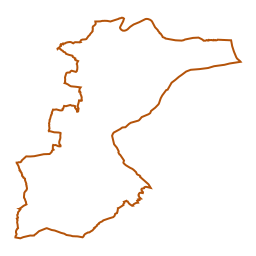 Spydeberg nor, Østfold, Norway
{"feature_id": "86288312B44573726791656", "entity_name": "Spydeberg nor", "entity_type": "district", "adm_level": 2, "iso_a3": "NOR", "parent_name": "Norway", "parent_adm1": "Østfold", "projection": "natural_earth1", "projection_center": [11.037, 59.603], "detail": "fine", "context": "isolated", "style": "outline", "palette": "amber", "viewbox_px": 256, "rotation_deg": 0, "n_neighbors": 0, "source": "geoboundaries", "source_scale": "gbopen_adm2", "svg_char_len": 5602}
<svg xmlns="http://www.w3.org/2000/svg" viewBox="0 0 256 256"><path d="M95.3,21.5L95.7,23.6L95.4,24.4L94.3,25.5L93.0,26.4L92.8,26.9L92.6,27.9L92.8,28.1L92.8,29.4L92.5,30.6L92.7,31.0L92.2,31.8L90.3,33.9L90.0,34.6L89.2,35.5L88.6,35.9L86.4,39.0L85.7,39.3L82.3,39.6L81.1,40.1L80.2,41.5L80.7,42.1L79.7,42.4L79.0,42.3L75.3,42.2L74.4,42.4L73.4,43.3L72.6,43.1L72.2,42.7L71.1,42.2L70.1,42.0L68.1,42.2L66.1,42.7L65.1,43.4L63.3,43.5L63.5,44.2L63.2,44.5L62.3,44.1L60.9,44.1L60.4,45.0L61.0,45.7L61.0,46.0L59.9,46.7L59.3,47.4L57.5,48.6L57.6,49.0L58.5,48.2L60.4,49.0L61.5,50.2L62.7,50.7L63.5,51.8L65.1,52.4L65.5,52.8L66.0,53.8L68.8,54.8L72.4,55.7L72.6,55.9L72.6,56.4L72.9,57.0L75.3,58.4L75.0,59.1L75.1,59.7L76.2,60.2L76.2,60.4L78.1,61.1L77.5,62.1L76.7,64.0L77.2,65.1L77.4,67.4L77.2,69.7L76.9,70.2L76.8,71.1L75.9,71.9L71.6,70.7L70.6,71.3L69.8,72.5L67.2,72.6L66.3,73.2L65.0,77.4L65.2,79.6L65.0,81.5L65.2,82.0L64.6,83.1L65.8,83.4L67.9,84.4L69.6,85.6L71.0,86.3L76.1,86.8L80.6,87.4L79.6,88.8L79.5,90.0L79.2,90.9L79.2,91.7L80.1,91.7L80.5,92.4L80.3,92.9L80.4,93.8L81.3,95.9L81.4,96.6L81.7,97.1L81.6,99.2L81.9,100.1L81.8,100.6L80.9,100.9L80.1,100.4L79.0,100.4L78.8,102.0L77.8,105.5L77.7,106.6L78.6,108.6L78.3,110.0L78.2,111.3L77.7,111.7L77.0,111.6L77.0,110.5L76.2,109.2L76.3,109.0L75.9,108.9L75.0,107.6L75.2,106.2L73.5,105.7L72.0,105.7L70.3,105.0L66.0,106.2L64.1,105.9L63.2,108.6L62.6,108.8L62.6,109.9L61.9,110.4L60.0,110.4L56.3,109.4L54.6,109.7L53.0,109.6L52.6,110.8L51.8,112.6L52.0,113.3L51.7,113.7L51.5,114.8L51.1,115.0L50.1,119.0L49.5,120.1L49.7,120.9L49.0,123.5L49.3,124.3L49.1,125.5L49.5,128.6L48.7,130.8L49.0,131.3L49.7,131.1L54.2,132.3L58.4,132.5L60.5,132.9L60.6,133.5L60.3,135.4L60.4,137.7L60.2,138.9L60.0,139.2L59.3,141.6L59.2,143.0L59.5,144.4L60.1,144.7L60.4,145.2L60.6,145.8L60.5,146.3L59.6,146.4L58.2,146.2L55.7,145.0L54.4,145.2L53.2,144.9L52.9,145.7L52.8,148.6L53.5,149.6L53.1,149.7L52.9,150.1L52.5,150.1L51.9,150.9L51.7,151.4L51.8,151.7L51.5,152.2L49.6,154.0L43.8,154.2L34.2,156.2L29.9,156.5L26.2,156.4L21.8,160.4L21.5,160.8L21.4,161.5L20.8,162.0L20.0,162.3L18.9,162.2L17.5,162.6L16.6,162.6L16.6,162.9L17.4,164.1L18.6,166.3L19.2,168.6L19.8,169.5L19.8,169.9L19.5,170.2L19.5,170.4L20.6,171.1L20.7,171.4L20.5,171.7L21.5,172.7L21.4,173.0L22.1,174.5L22.0,174.9L22.2,175.2L22.1,175.6L22.3,175.7L22.5,176.4L23.3,177.0L23.2,177.3L23.5,177.8L24.4,178.2L25.0,178.7L25.1,179.1L24.9,179.6L25.0,180.1L26.3,183.7L26.1,184.3L26.4,184.9L26.4,185.5L26.6,185.8L26.5,186.1L26.8,187.0L27.0,188.9L26.5,189.6L26.4,190.3L25.1,191.5L24.3,192.9L24.0,196.6L24.0,197.7L24.6,198.5L25.8,201.8L26.0,202.0L26.1,203.5L26.5,204.4L23.6,205.8L21.3,207.6L20.0,208.4L20.2,208.6L20.2,208.8L19.4,208.9L20.3,209.4L19.1,211.1L18.1,212.2L17.8,214.2L17.2,215.0L17.6,217.1L17.9,217.3L18.0,217.7L17.7,218.1L16.9,218.5L17.2,219.0L17.1,219.6L17.6,220.1L17.3,220.8L17.3,221.3L17.1,222.3L17.6,224.7L17.8,227.0L18.1,228.1L17.9,228.4L17.2,228.7L17.0,229.4L16.5,230.0L16.0,231.2L16.0,232.8L16.6,234.0L16.5,234.6L15.5,236.3L15.4,237.4L20.3,238.3L23.4,237.1L29.0,235.8L30.3,235.5L31.9,235.6L34.1,235.5L34.4,235.0L36.2,233.7L39.0,231.2L45.7,228.5L46.8,228.2L51.7,230.0L54.7,230.5L61.2,232.9L64.3,233.7L66.5,235.0L70.6,235.6L72.6,236.2L77.7,236.4L82.6,237.3L83.6,236.4L83.9,235.4L85.1,234.0L88.1,232.4L88.9,232.5L89.7,232.2L90.3,231.7L92.5,230.4L93.6,229.1L94.8,228.0L94.8,227.9L94.5,227.7L96.4,226.3L96.9,225.8L96.9,225.2L97.5,224.8L98.3,223.9L99.0,223.7L99.0,223.1L100.2,222.3L102.5,221.2L103.2,220.4L109.3,218.3L113.3,217.1L114.6,215.8L115.2,213.8L116.8,213.2L116.7,212.9L117.3,212.3L117.4,211.2L117.7,210.9L117.7,210.0L118.0,208.6L117.9,208.2L119.2,207.8L123.5,205.0L123.3,204.3L123.8,203.4L124.4,202.8L124.3,202.2L124.0,201.8L126.5,200.8L126.9,201.4L127.7,201.5L129.0,203.5L130.2,204.5L132.2,205.8L132.8,205.7L132.5,205.4L134.2,203.9L136.2,202.9L138.1,202.7L137.2,200.7L139.1,200.2L138.4,199.3L140.9,198.7L140.2,198.1L140.2,197.9L139.3,197.2L139.0,196.3L138.7,196.0L138.8,195.1L138.5,194.9L139.0,193.6L139.7,192.9L140.4,192.7L142.8,193.1L142.9,192.8L143.0,192.2L142.5,191.8L142.2,191.1L141.7,190.6L141.5,189.9L141.4,189.3L141.8,188.7L144.1,188.2L144.1,187.7L144.4,187.3L145.3,186.9L146.5,186.9L150.7,187.9L148.5,184.3L140.1,176.9L140.3,176.3L139.6,175.5L137.5,174.6L136.8,174.0L136.1,172.2L133.8,170.0L132.4,168.9L130.1,167.8L125.8,165.2L123.7,163.3L123.4,162.5L124.0,160.5L120.1,154.7L119.5,154.5L118.4,152.5L118.7,151.3L116.9,147.7L114.1,144.3L112.1,135.8L112.8,134.0L113.7,132.6L120.1,129.1L122.3,127.5L125.5,127.2L128.9,124.0L130.7,122.8L138.4,120.6L139.3,120.0L141.7,117.1L148.6,114.2L150.2,113.1L151.1,110.9L155.2,107.7L158.4,104.4L158.9,103.6L160.7,98.3L162.2,95.5L166.2,90.1L167.6,89.7L171.6,82.7L175.3,79.9L178.8,76.9L181.8,74.8L186.2,71.5L190.7,69.8L199.4,69.1L208.1,68.0L214.1,66.2L224.5,64.8L229.6,63.5L240.6,61.8L240.2,61.3L237.1,58.6L236.3,57.3L233.9,51.5L232.2,46.2L231.1,40.3L217.6,39.7L217.4,40.0L215.9,40.4L215.3,40.0L214.6,40.1L214.0,40.4L213.6,39.9L212.2,40.3L211.7,40.0L209.3,40.1L208.8,39.8L208.0,40.1L208.1,40.5L207.6,40.5L206.6,40.1L205.5,40.7L203.6,40.7L202.6,39.7L201.0,38.8L198.5,37.6L193.0,37.9L185.0,39.5L183.6,40.2L181.6,40.6L175.6,40.3L165.4,38.5L164.9,37.9L162.7,37.1L162.3,36.1L160.7,33.7L159.8,33.3L159.9,33.0L157.9,30.6L157.8,30.1L155.1,27.3L152.1,21.6L151.4,20.7L149.9,19.7L147.9,19.0L146.4,18.9L145.4,19.1L139.2,22.2L133.6,24.5L130.2,26.8L127.5,29.4L126.1,30.2L124.6,30.7L123.0,30.7L121.5,29.9L120.6,29.0L120.0,27.8L120.3,26.7L123.1,21.4L124.0,18.6L123.0,17.9L121.8,17.7L120.6,18.2L119.2,18.4L118.8,18.8L110.4,21.5L107.2,20.9L104.9,20.8L102.3,20.9L100.1,21.4L95.3,21.5Z" fill="none" stroke="#b45309" stroke-width="2"/></svg>